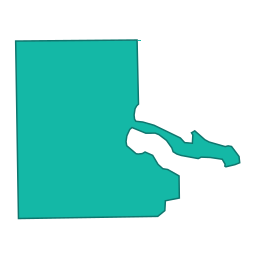 Grand Traverse, Michigan, United States of America (Natural Earth projection), rotated 89°
{"feature_id": "52423323B3617037234322", "entity_name": "Grand Traverse", "entity_type": "district", "adm_level": 2, "iso_a3": "USA", "parent_name": "United States of America", "parent_adm1": "Michigan", "projection": "natural_earth1", "projection_center": [-85.521, 44.752], "detail": "fine", "context": "isolated", "style": "filled", "palette": "teal", "viewbox_px": 256, "rotation_deg": 89, "n_neighbors": 0, "source": "geoboundaries", "source_scale": "gbopen_adm2", "svg_char_len": 841}
<svg xmlns="http://www.w3.org/2000/svg" viewBox="0 0 256 256"><g transform="rotate(89 128 128)"><path d="M216.6,239.1L216.9,99.8L211.2,92.6L201.4,91.9L198.9,77.9L176.8,77.8L170.2,89.0L169.3,93.9L164.9,98.6L155.8,103.8L152.3,111.4L153.8,114.1L154.2,118.1L153.9,120.3L145.7,129.6L141.6,130.2L135.8,129.3L129.5,126.3L127.6,124.0L133.5,110.3L133.6,100.9L135.2,97.1L141.1,89.7L148.7,84.5L152.5,83.3L154.9,79.6L156.4,75.2L159.8,58.3L158.4,55.3L158.9,46.3L160.9,34.3L165.8,31.6L167.9,31.8L168.5,30.8L166.5,21.7L164.7,16.9L158.4,17.5L148.3,24.8L147.6,28.2L148.3,31.1L143.4,47.2L141.1,51.3L132.0,61.3L133.9,64.6L136.1,63.3L144.4,63.9L143.6,71.6L138.9,75.8L125.7,101.9L122.3,113.0L121.4,120.0L119.3,121.3L115.1,121.7L108.8,120.6L105.8,118.8L104.3,117.1L40.2,117.4L39.1,238.8L216.6,239.1Z" fill="#14b8a6" stroke="#0f766e" stroke-width="1.5"/></g></svg>